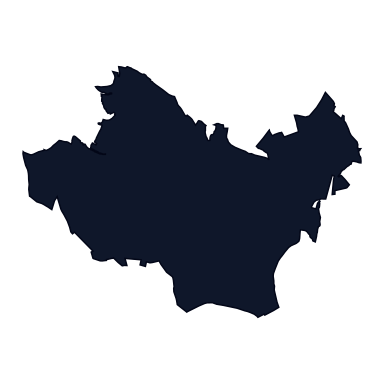 Sincai, Mures, Romania
{"feature_id": "2599482B3867982596225", "entity_name": "Sincai", "entity_type": "district", "adm_level": 2, "iso_a3": "ROU", "parent_name": "Romania", "parent_adm1": "Mures", "projection": "orthographic", "projection_center": [24.372, 46.658], "detail": "fine", "context": "isolated", "style": "filled", "palette": "ink", "viewbox_px": 384, "rotation_deg": 0, "n_neighbors": 0, "source": "geoboundaries", "source_scale": "gbopen_adm2", "svg_char_len": 5952}
<svg xmlns="http://www.w3.org/2000/svg" viewBox="0 0 384 384"><path d="M274.2,289.8L274.5,286.1L273.8,283.8L273.8,280.9L273.2,276.3L273.3,274.7L273.5,273.3L275.2,268.6L278.2,261.1L280.4,257.8L281.8,256.1L285.0,251.8L288.6,247.5L291.0,245.7L296.4,243.2L298.8,241.3L299.3,239.8L299.6,238.5L300.1,231.5L300.5,229.8L304.6,230.4L305.8,230.8L307.2,231.9L308.7,234.0L309.7,234.7L310.0,236.6L310.4,237.4L312.3,238.9L312.9,240.9L315.3,241.9L316.5,236.5L316.8,233.8L317.3,232.3L317.6,229.2L318.4,226.7L319.7,225.9L320.0,225.3L320.1,224.4L319.7,221.5L320.4,217.5L319.1,212.9L318.5,208.7L319.3,207.3L319.5,206.1L319.7,203.5L319.2,203.0L319.4,202.2L320.0,201.7L319.7,201.2L318.4,202.1L317.5,203.4L316.0,208.9L311.6,207.7L311.6,206.5L313.9,202.2L316.2,200.3L316.7,200.1L319.8,199.7L320.5,198.9L325.7,199.0L332.2,175.2L334.4,176.2L333.6,179.3L332.2,194.5L334.9,194.2L334.9,190.6L346.2,188.0L347.0,187.6L349.3,184.8L345.4,180.0L341.5,175.8L340.8,175.4L339.3,176.7L338.3,176.7L338.1,176.4L338.6,175.5L340.4,173.4L341.5,170.9L342.1,170.8L342.5,170.0L343.7,169.7L347.0,166.6L348.9,165.5L349.7,164.5L351.0,164.2L351.2,163.9L351.6,162.1L352.0,161.6L352.5,161.3L353.9,161.3L356.8,161.9L359.1,162.7L360.9,162.9L361.0,161.2L360.7,157.6L360.2,156.5L359.4,155.4L358.8,152.6L358.4,151.3L358.5,150.9L359.7,150.6L359.8,150.0L360.7,148.7L357.9,148.8L358.0,148.1L357.4,147.9L357.6,147.0L357.8,144.7L357.0,141.9L351.2,135.6L349.6,132.6L348.4,129.0L346.0,123.7L345.3,122.3L344.3,121.4L344.1,120.6L344.0,117.4L344.1,116.2L343.6,115.8L342.7,115.4L341.7,117.8L341.2,118.7L335.4,113.5L333.8,112.3L333.3,111.7L333.8,110.2L334.0,108.7L335.2,106.7L333.7,105.5L334.2,104.5L334.4,103.7L333.5,101.8L332.8,100.8L325.4,92.4L321.6,99.8L316.6,107.6L309.4,116.0L305.4,117.1L297.2,115.3L294.4,115.3L296.6,122.8L297.2,126.3L297.9,128.6L298.5,131.8L284.2,137.0L281.6,132.4L279.8,132.9L279.4,132.8L274.2,134.7L273.0,135.7L272.5,135.7L271.4,134.5L270.0,132.2L269.5,131.2L269.3,130.1L269.1,130.3L263.1,138.3L256.4,146.3L258.0,148.0L258.6,148.4L259.3,148.4L263.1,150.1L263.9,151.0L266.1,152.5L267.5,153.2L268.9,159.3L268.2,159.3L267.7,158.5L264.5,157.4L254.7,155.1L251.5,153.7L248.6,153.6L245.3,151.4L241.7,150.1L235.0,147.3L230.8,144.8L228.4,142.1L227.4,139.3L227.0,138.8L226.5,137.6L226.5,135.2L227.2,131.6L227.7,128.3L223.7,128.3L223.3,125.0L223.0,124.9L221.1,124.7L218.4,123.6L216.9,123.6L214.1,124.8L215.7,125.3L215.9,125.5L216.0,126.0L216.1,127.0L215.8,129.0L215.2,130.6L214.2,131.6L213.9,133.2L213.1,134.6L212.0,134.6L211.1,135.0L210.4,136.3L210.0,138.1L210.0,140.1L209.9,140.4L208.3,140.5L207.8,140.3L207.5,139.9L207.3,138.9L206.7,137.8L206.7,137.4L206.1,136.8L205.2,133.0L205.1,131.6L205.4,130.6L205.4,126.4L206.0,125.6L203.2,123.4L202.7,122.6L201.1,121.3L198.8,120.7L198.3,121.0L196.8,123.5L195.5,125.1L192.2,119.7L191.4,118.7L189.9,117.3L187.2,115.2L186.6,116.1L185.1,115.6L181.5,109.4L180.2,107.6L178.6,105.9L177.6,104.5L177.1,102.8L174.5,96.6L172.3,96.1L168.8,94.6L162.7,89.8L155.9,85.0L153.0,82.7L152.4,81.9L151.3,81.3L151.0,81.4L150.4,80.4L150.5,79.6L147.5,77.4L146.6,76.6L145.8,75.3L144.6,74.5L144.0,74.2L142.1,74.3L139.2,72.8L137.3,71.3L132.0,68.8L131.0,68.0L129.7,67.7L127.5,66.7L127.0,66.8L125.8,67.9L124.8,67.9L121.4,67.0L118.7,66.7L119.8,73.4L119.3,76.5L118.1,76.4L118.0,72.9L112.8,71.6L114.4,74.8L114.8,75.9L115.0,77.9L114.7,79.2L114.0,81.0L113.5,83.3L112.7,84.3L110.9,85.6L107.0,86.5L100.9,87.0L97.8,86.5L95.6,86.7L96.3,87.8L98.4,90.0L101.1,91.9L102.1,92.3L104.0,92.2L107.5,94.3L109.5,93.2L111.0,92.8L111.6,93.1L111.6,93.8L108.2,94.8L105.8,94.7L101.2,94.0L101.3,94.7L102.0,94.8L102.1,95.3L102.0,95.6L101.5,95.7L101.3,96.0L101.6,96.2L102.1,98.0L101.8,98.6L101.7,101.0L101.9,101.6L102.8,102.1L102.8,102.5L102.5,103.5L103.5,105.1L103.9,106.8L103.9,107.1L104.3,108.0L104.7,108.7L105.2,109.2L105.8,109.2L106.1,109.5L106.0,110.6L108.0,113.3L109.8,112.8L110.3,114.0L113.8,112.3L115.1,113.5L115.1,114.0L114.7,114.5L115.0,115.3L112.1,118.4L110.5,119.4L109.3,120.1L107.1,120.3L106.3,120.3L103.2,119.5L102.5,121.8L101.7,122.7L101.0,123.2L99.1,122.9L98.3,123.1L98.2,123.6L98.5,124.1L100.0,124.7L101.9,125.1L102.1,125.5L100.8,129.4L99.7,131.2L96.4,138.0L95.9,139.7L95.3,140.3L94.8,141.3L94.6,142.0L96.7,143.6L96.0,144.9L93.4,143.6L92.6,143.0L92.3,143.1L91.8,144.2L91.2,144.9L91.0,145.6L91.2,146.1L90.8,147.1L90.7,147.2L90.8,148.4L93.8,149.6L95.3,150.7L97.8,151.8L99.2,152.8L103.0,153.9L105.4,153.9L105.4,154.4L102.8,154.4L99.8,153.9L96.6,152.5L95.3,152.1L93.1,150.7L90.8,149.7L89.9,148.9L88.7,148.7L86.6,146.8L85.1,144.3L84.4,144.2L83.7,144.9L83.1,144.9L82.7,144.0L83.0,143.6L82.5,143.0L80.6,142.6L80.3,140.9L75.5,136.8L74.4,136.2L73.8,136.2L73.3,136.5L72.6,138.3L72.0,140.5L72.1,142.2L71.1,144.2L68.1,142.3L66.7,141.8L66.2,141.9L63.9,141.6L61.2,140.8L59.2,140.5L56.0,143.4L53.4,145.4L51.2,147.7L48.4,149.5L46.6,150.3L46.1,150.4L44.4,149.8L44.6,150.2L38.7,151.8L33.1,154.4L31.1,154.9L29.8,154.6L26.1,153.2L23.7,152.2L23.2,151.7L23.0,153.4L23.1,154.4L23.7,157.7L25.7,165.4L27.6,169.5L27.9,170.6L28.4,173.3L28.6,175.5L28.7,179.5L29.2,184.5L28.9,187.5L28.8,189.5L29.6,196.2L30.4,196.6L36.8,201.8L41.9,203.5L43.4,204.3L48.3,207.2L51.8,209.6L54.4,201.1L54.8,200.2L57.2,196.7L60.9,209.1L62.0,211.4L64.0,214.7L67.4,221.1L69.7,227.3L70.7,231.2L70.8,231.8L72.5,233.8L74.5,232.2L93.0,251.1L91.2,252.1L93.0,258.3L93.5,258.6L100.1,260.8L102.1,260.9L106.4,260.4L106.5,259.6L111.5,258.4L113.2,258.2L113.5,257.9L118.2,262.5L122.2,265.8L124.6,265.4L126.9,265.5L125.0,258.4L141.2,259.8L140.1,264.9L145.4,266.4L146.4,261.8L149.9,262.8L152.3,262.5L159.1,260.9L161.0,264.4L166.6,272.2L172.3,276.6L172.9,277.8L173.4,280.1L174.1,286.6L173.7,288.4L173.9,291.8L176.1,298.3L176.6,300.3L177.3,304.6L186.8,312.1L187.1,311.8L198.9,305.9L204.7,303.4L207.1,302.8L212.5,302.7L216.6,304.2L223.3,305.3L237.1,308.2L244.9,310.8L247.4,311.4L250.4,312.5L254.3,314.2L257.1,316.3L257.9,317.3L264.1,314.1L264.8,315.1L273.7,310.4L278.8,307.3L277.0,302.1L274.5,291.3L274.2,289.8Z" fill="#0f172a" stroke="#020617" stroke-width="1.5"/></svg>